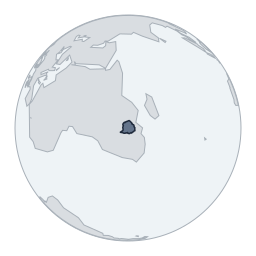 globe centered on Zimbabwe, rotated 315°
{"feature_id": "ZWE", "entity_name": "Zimbabwe", "entity_type": "country or territory", "adm_level": 0, "iso_a3": "ZWE", "parent_name": "Africa", "parent_adm1": "", "projection": "orthographic", "projection_center": [29.641, -19.023], "detail": "fine", "context": "on_globe", "style": "filled", "palette": "slate", "viewbox_px": 256, "rotation_deg": 315, "n_neighbors": 0, "source": "natural_earth", "source_scale": "50m", "svg_char_len": 6259}
<svg xmlns="http://www.w3.org/2000/svg" viewBox="0 0 256 256"><g transform="rotate(315 128 128)"><circle cx="128" cy="128" r="113" fill="#eef3f6" stroke="#a8b0b8"/><path d="M16.2,114.2L16.1,114.9L17.1,114.4L17.3,118.2L17.0,121.4L17.7,121.0L17.8,122.8L22.5,120.6L26.5,122.6L27.4,129.2L26.0,138.8L29.5,156.5L28.3,165.5L31.1,172.7L35.7,184.7L34.6,186.4L38.1,190.1L40.1,194.0L40.3,195.8L43.1,199.1L43.4,200.2L45.2,201.5L49.7,207.1L53.2,209.7L57.5,214.0L59.8,215.4L60.0,215.8L61.2,217.0L62.7,218.0L61.3,217.9L56.2,214.3L53.3,211.8L53.4,212.1L46.7,205.6L48.4,207.4L40.6,199.0L34.7,191.0L30.3,184.1L26.6,177.0L23.3,169.6L20.6,162.0L18.5,154.2L16.9,146.3L15.8,138.3L15.4,130.3L15.5,122.2L16.2,114.2ZM65.0,218.7L62.1,218.3L63.1,218.2L60.4,215.8L63.1,216.6L65.0,218.7ZM58.4,212.1L57.3,210.1L58.0,210.4L59.0,211.8L58.4,212.1ZM127.7,15.4L136.5,15.9L135.0,16.0L130.8,15.7L134.4,16.4L134.2,16.1L136.4,16.3L137.7,16.1L139.3,16.2L137.8,15.8L139.9,16.1L140.8,16.3L144.6,16.6L148.6,17.3L156.4,19.0L164.0,21.3L171.4,24.1L178.6,27.4L185.5,31.2L192.2,35.4L198.6,40.2L204.5,45.4L210.2,51.0L215.4,56.9L220.2,63.2L224.5,69.9L228.3,76.8L231.7,84.0L231.6,83.9L232.3,85.5L230.7,82.0L231.0,83.8L235.8,96.9L236.5,100.0L235.8,103.0L235.4,100.6L231.3,91.4L232.2,98.3L235.4,107.3L236.6,115.8L234.8,111.4L233.5,103.8L232.0,100.3L231.2,94.1L227.6,83.6L225.7,83.4L224.7,79.8L219.5,70.8L216.2,70.5L211.8,76.5L213.2,85.7L210.8,88.9L203.1,73.2L199.5,64.2L196.8,64.1L188.8,55.7L175.3,52.5L173.3,50.3L170.7,50.8L165.1,48.1L162.1,44.8L158.7,44.6L166.8,53.6L170.4,54.0L173.4,51.3L175.0,54.5L180.4,58.2L174.5,64.8L154.3,69.9L152.3,63.0L136.6,45.6L137.1,43.9L137.0,43.7L136.8,43.4L135.4,46.2L132.7,43.2L141.1,54.3L142.6,59.5L154.0,70.3L152.9,71.3L156.6,73.8L168.3,72.4L168.4,74.7L162.9,85.4L146.6,100.6L148.8,112.5L147.6,122.8L137.5,129.6L138.4,138.2L133.2,141.2L132.9,146.2L128.7,151.6L121.7,157.1L109.8,158.0L109.0,153.3L103.0,144.8L94.7,125.1L97.6,115.7L96.5,109.0L87.9,95.8L89.8,87.8L87.5,85.0L82.8,86.6L80.1,83.4L77.3,83.9L59.4,90.9L54.1,87.9L48.0,76.8L51.3,70.6L52.0,64.9L74.8,41.5L79.5,41.2L97.2,36.0L99.4,36.2L97.1,40.0L110.2,43.2L114.7,39.7L126.8,41.9L135.0,41.8L138.3,35.2L124.8,35.0L122.7,32.0L133.7,29.5L145.4,30.5L145.0,29.4L137.7,26.7L140.6,25.2L135.2,25.8L137.3,26.8L134.0,27.4L131.9,26.5L133.0,25.9L129.5,25.4L125.2,28.9L126.8,30.4L117.5,31.4L119.3,34.0L116.7,35.5L112.7,31.6L113.3,30.2L105.7,27.2L104.3,28.7L111.3,31.8L109.0,31.7L107.2,34.3L106.8,32.2L99.5,29.0L91.2,31.3L80.4,39.4L75.7,41.1L71.9,41.1L76.1,34.5L86.3,31.4L87.9,29.5L86.2,28.0L89.4,27.3L89.9,26.5L93.8,25.5L99.5,22.9L103.4,22.1L106.0,20.0L108.4,19.4L106.2,20.7L106.8,21.4L116.6,20.4L118.6,19.8L119.5,18.7L122.1,18.8L121.7,17.9L127.5,17.4L120.0,17.3L120.8,16.6L124.5,16.0L123.4,15.9L117.5,16.9L116.3,17.4L117.4,17.7L113.1,19.7L109.6,20.4L109.1,18.7L104.1,19.6L105.9,18.3L120.9,15.6L125.8,15.4L127.7,15.4ZM66.8,51.4L66.2,53.0L66.8,51.4ZM157.9,35.6L164.9,37.0L161.7,32.8L164.1,33.1L162.1,31.7L161.4,32.5L156.5,29.1L159.5,28.6L158.6,27.3L156.2,26.8L151.5,28.2L158.5,33.0L156.9,34.2L157.9,35.6ZM89.1,23.9L90.3,23.9L88.6,24.9L83.6,26.8L85.9,25.2L89.1,23.9ZM92.3,23.7L93.2,21.9L96.4,21.0L94.5,21.8L96.4,21.3L93.9,22.5L96.0,23.6L94.7,24.7L86.2,27.1L89.7,25.6L88.3,25.6L92.3,23.7ZM102.0,34.6L103.7,34.6L106.4,34.1L105.3,36.0L102.0,34.6ZM96.8,32.4L98.4,32.0L98.2,34.0L96.4,34.2L96.8,32.4ZM99.5,30.2L98.5,31.8L98.0,31.0L99.5,30.2ZM107.7,20.4L109.4,20.1L109.5,20.3L108.4,20.8L107.7,20.4ZM135.9,36.2L133.4,37.4L132.2,36.8L133.3,36.5L135.9,36.2ZM118.5,36.2L122.4,36.9L118.2,36.7L118.5,36.2ZM175.2,189.1L175.4,191.2L173.9,190.9L175.2,189.1ZM166.7,122.9L158.6,141.1L153.4,140.8L152.6,134.9L155.6,123.7L161.8,121.1L164.9,116.4L166.7,122.9ZM239.1,145.3L238.9,147.2L238.8,147.6L239.1,145.3ZM239.3,142.0L239.3,143.8L239.1,142.9L239.3,142.0ZM239.2,145.9L239.3,144.5L239.3,145.2L239.2,145.9ZM239.2,141.0L237.4,135.2L236.4,131.7L236.9,130.4L238.6,134.4L239.2,141.0ZM236.8,130.1L234.9,121.7L230.2,102.8L231.9,104.5L236.4,117.8L236.2,119.1L237.4,125.1L236.8,130.1ZM240.3,119.2L240.4,120.5L240.6,125.9L240.4,128.8L240.2,133.2L239.5,129.6L239.0,127.5L238.7,120.4L238.9,117.9L239.4,119.2L239.7,113.6L239.7,113.9L240.3,119.2ZM213.7,86.8L216.2,93.5L214.7,93.8L213.7,86.8ZM233.3,88.3L232.9,87.6L232.3,86.1L232.5,86.1L233.3,88.3ZM221.6,190.7L222.1,190.0L220.2,188.3L220.9,185.4L223.1,182.7L228.5,171.3L228.5,172.1L231.5,165.2L234.0,164.6L236.3,159.0L233.6,167.3L230.2,175.4L226.2,183.2L221.6,190.7ZM240.4,135.1L240.1,138.8L240.1,137.8L240.5,132.6L240.6,128.4L240.4,135.1Z" fill="#d9dde1" stroke="#a8b0b8" stroke-width="1"/><path d="M131.0,134.7L130.8,134.5L130.6,134.5L130.3,134.4L129.9,134.4L129.5,134.5L129.0,134.4L128.5,134.2L128.0,134.1L127.5,134.2L127.4,134.2L127.0,134.0L127.0,133.9L126.9,133.9L126.9,133.7L126.8,133.4L126.7,133.4L126.4,133.3L126.0,133.2L125.3,133.1L125.1,133.0L125.0,132.9L124.8,132.6L124.7,132.4L124.4,132.1L124.4,131.8L124.4,131.6L124.4,131.4L124.4,131.1L124.4,130.9L124.0,130.9L123.7,130.9L123.6,130.7L123.6,130.4L123.5,130.2L123.3,130.1L123.0,129.9L122.5,129.8L122.1,129.5L121.7,129.1L121.4,128.7L121.1,128.2L121.1,127.9L120.9,127.6L120.8,127.3L120.4,126.9L120.2,126.5L120.1,126.4L119.9,126.2L119.7,125.9L119.8,125.8L119.8,125.7L120.2,125.8L120.4,125.8L120.5,125.7L120.7,125.8L120.9,126.0L121.2,126.0L121.5,125.9L121.8,125.9L122.3,126.1L122.7,126.1L123.1,125.9L123.5,125.5L123.9,125.1L124.2,124.6L124.5,124.2L124.8,123.8L125.2,123.6L125.7,123.4L126.3,123.1L126.5,122.9L126.5,122.7L126.5,122.3L126.6,122.1L126.9,121.9L127.3,121.6L127.7,121.5L128.2,121.4L128.7,121.4L129.2,121.4L129.4,121.4L129.4,121.7L129.5,122.0L129.9,122.1L130.5,122.1L131.0,122.1L131.4,122.4L131.5,122.4L131.9,122.5L132.3,122.9L132.9,123.0L133.3,123.1L133.6,123.3L133.8,123.4L134.0,123.5L134.1,123.9L134.1,124.2L134.2,124.6L134.3,124.9L134.2,125.6L134.2,126.2L134.2,126.4L134.2,126.6L134.3,126.7L134.3,126.8L134.2,127.0L134.1,127.3L134.0,127.5L133.7,127.7L133.7,127.9L133.7,128.0L133.8,128.1L134.0,128.2L134.0,128.3L133.9,128.5L133.8,128.8L133.9,129.1L134.0,129.3L134.2,129.6L134.2,129.8L134.2,130.0L134.0,130.4L133.8,130.7L133.6,131.0L133.3,131.2L133.2,131.3L133.2,131.6L133.2,131.8L133.0,132.2L133.1,132.5L132.7,132.9L132.3,133.3L132.1,133.5L131.8,133.8L131.5,134.2L131.3,134.5L131.0,134.7Z" fill="#64748b" stroke="#1e293b" stroke-width="1.5"/></g></svg>